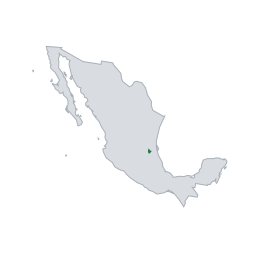 Tlanchinol, Hidalgo, Mexico shown in context, rotated 9°
{"feature_id": "50627088B11315942998338", "entity_name": "Tlanchinol", "entity_type": "district", "adm_level": 2, "iso_a3": "MEX", "parent_name": "Mexico", "parent_adm1": "Hidalgo", "projection": "robinson", "projection_center": [-98.632, 21.045], "detail": "fine", "context": "in_parent", "style": "filled", "palette": "green", "viewbox_px": 256, "rotation_deg": 9, "n_neighbors": 0, "source": "geoboundaries", "source_scale": "gbopen_adm2", "svg_char_len": 4144}
<svg xmlns="http://www.w3.org/2000/svg" viewBox="0 0 256 256"><g transform="rotate(9 128 128)"><path d="M34.5,60.2L50.0,58.9L49.2,60.4L73.1,69.4L91.3,69.4L91.4,66.0L102.6,66.0L104.5,68.5L112.3,75.1L114.1,80.6L115.5,82.8L122.9,87.1L125.2,85.5L127.1,81.4L129.3,80.5L134.7,81.2L139.1,85.7L142.0,92.2L147.1,98.2L147.4,101.9L149.7,106.6L161.0,110.9L162.5,110.3L159.1,122.2L158.0,136.5L158.5,139.6L161.5,143.7L160.9,145.9L161.0,143.7L158.6,140.2L159.3,143.4L162.3,150.2L167.2,156.6L168.3,160.6L171.7,164.7L170.7,164.6L172.7,165.6L172.1,165.0L175.6,165.5L178.2,166.9L180.4,169.6L186.4,167.6L190.8,167.3L193.8,165.7L196.9,165.4L197.5,166.0L197.3,166.8L199.8,167.4L201.5,166.1L201.0,164.0L200.2,164.5L200.4,164.1L205.0,160.6L205.2,157.7L206.6,156.0L206.6,151.4L207.4,147.9L210.9,145.9L217.0,144.9L219.7,143.7L222.8,143.4L227.8,144.6L228.2,143.9L226.8,143.8L228.5,143.3L230.6,144.8L231.0,146.9L230.0,149.6L226.8,153.9L226.7,156.7L225.1,158.4L225.4,159.0L226.9,158.8L225.3,160.6L225.4,161.3L226.4,161.1L224.5,168.1L224.0,168.8L222.9,167.2L222.7,164.5L221.2,167.3L219.7,167.5L217.9,171.1L215.7,171.1L215.6,172.3L203.4,172.2L203.5,176.5L200.7,176.5L207.4,183.1L207.2,185.5L198.6,185.5L195.6,191.6L196.4,193.1L195.4,197.1L189.2,190.3L184.1,185.7L181.1,183.9L180.7,184.4L183.6,185.9L179.2,184.5L179.5,183.4L178.3,183.9L177.6,182.9L176.8,184.0L178.3,184.5L176.0,184.7L173.9,186.3L166.9,188.7L162.4,186.8L158.6,186.3L156.1,184.5L153.5,183.8L151.9,182.0L145.8,180.6L138.1,176.9L133.1,173.5L131.0,171.2L125.9,170.4L121.0,168.4L117.9,164.5L111.1,160.9L107.6,155.8L106.4,152.7L109.1,151.2L108.7,149.9L107.4,149.5L109.3,147.1L109.5,144.3L108.0,143.3L106.6,140.5L106.7,137.9L105.8,135.6L101.8,131.3L98.4,126.1L93.0,121.6L94.5,122.4L94.7,121.5L91.8,120.5L89.7,117.0L91.2,117.1L87.0,114.7L86.5,113.5L84.9,113.9L84.6,113.4L85.9,112.0L83.8,113.1L82.6,112.0L82.4,109.7L83.9,107.6L84.4,108.0L83.5,105.9L82.1,104.6L80.4,104.6L79.2,101.8L77.1,101.1L75.8,99.9L75.0,97.4L75.6,95.8L71.7,95.0L65.2,87.0L64.9,85.1L63.9,84.5L59.9,74.6L59.7,71.5L60.2,70.5L56.5,69.3L55.7,67.7L54.5,67.1L53.2,68.0L48.3,65.1L49.1,67.0L48.4,70.7L49.4,73.7L50.1,79.4L55.0,84.3L56.6,87.7L57.3,87.5L57.7,88.6L58.4,88.7L59.1,90.8L60.5,91.5L61.2,96.1L63.8,98.4L64.6,100.9L65.8,101.8L66.6,104.8L67.7,105.5L67.1,103.3L68.6,104.6L70.2,111.6L71.8,113.6L73.9,118.6L73.6,120.7L74.0,122.6L75.9,124.4L76.6,122.6L82.0,129.1L81.5,131.6L79.3,133.4L78.1,133.6L75.9,128.2L67.4,121.0L66.6,121.1L64.9,118.8L64.5,117.2L65.1,113.9L64.4,110.6L63.2,108.3L59.1,105.5L58.3,102.8L57.5,103.9L55.3,104.5L53.8,102.6L50.0,100.7L49.4,99.1L46.6,96.8L46.3,95.9L49.3,96.4L51.1,95.7L51.1,96.4L52.5,97.2L52.0,95.4L51.3,95.2L52.9,91.5L47.4,84.5L42.7,81.4L41.9,79.8L42.0,77.2L40.9,76.4L40.6,73.4L39.2,72.1L39.0,70.4L37.1,67.6L36.8,66.3L37.5,65.4L36.1,64.3L34.5,60.2ZM65.0,87.1L64.4,88.9L62.9,88.3L63.6,85.6L64.5,85.3L65.0,87.1ZM58.8,86.7L56.7,84.8L56.2,82.8L57.3,83.4L57.5,84.6L58.6,84.8L58.8,86.7ZM230.0,153.3L229.4,152.7L229.7,151.9L231.1,151.2L230.0,153.3ZM64.9,121.0L63.4,119.2L64.4,115.4L64.1,118.8L64.9,121.0ZM45.5,94.2L44.3,94.0L45.2,91.9L45.7,93.4L45.5,94.2ZM25.9,87.6L24.9,86.3L25.1,85.7L25.5,85.7L25.9,87.6ZM66.2,121.1L67.1,122.6L65.2,121.1L66.2,121.1ZM101.0,143.4L100.8,144.0L100.3,143.7L100.1,142.7L101.0,143.4ZM74.6,117.3L74.9,118.4L73.9,117.0L74.6,117.3ZM70.9,109.7L71.5,110.2L70.6,111.2L70.9,109.7ZM71.5,165.2L71.1,165.4L70.6,164.9L71.1,164.3L71.5,165.2ZM199.0,165.4L197.9,165.7L199.7,165.1L199.0,165.4ZM79.7,123.8L79.1,123.7L79.1,122.6L79.7,123.8Z" fill="#d9dde1" stroke="#a8b0b8" stroke-width="1"/><path d="M153.4,148.5L153.4,148.4L153.4,148.2L153.4,148.3L153.4,148.2L153.5,148.1L153.5,147.9L153.4,147.8L153.5,147.8L153.6,147.7L153.4,147.7L153.2,147.5L153.1,147.4L153.0,147.5L153.0,147.4L152.9,147.4L152.8,147.2L152.7,147.2L152.6,146.9L152.5,146.7L152.4,146.7L152.4,146.8L152.3,146.7L152.2,146.6L152.2,146.8L152.1,147.0L152.1,147.3L152.1,147.5L152.1,147.8L152.2,148.0L152.2,147.9L152.2,148.0L152.2,148.3L152.3,148.4L152.3,148.5L152.3,148.8L152.3,148.7L152.4,148.8L152.4,148.7L152.5,148.6L152.8,148.5L152.8,148.4L153.0,148.4L153.3,148.4L153.3,148.5L153.4,148.5Z" fill="#22c55e" stroke="#15803d" stroke-width="1.5"/></g></svg>